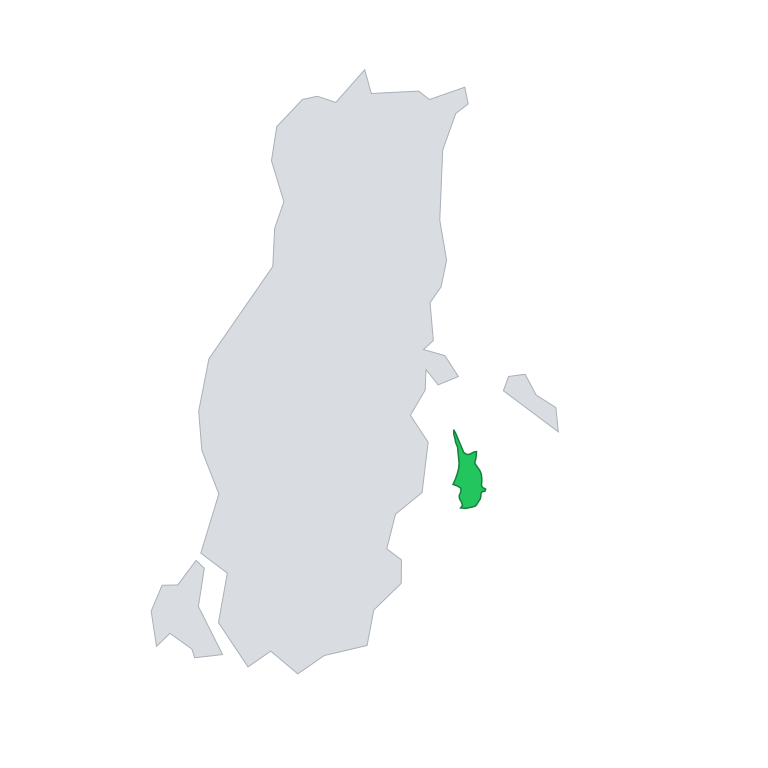 Cyprus highlighted among its neighbors, rotated 282°
{"feature_id": "CYP", "entity_name": "Cyprus", "entity_type": "country or territory", "adm_level": 0, "iso_a3": "CYP", "parent_name": "Asia", "parent_adm1": "", "projection": "robinson", "projection_center": [33.299, 35.116], "detail": "fine", "context": "with_neighbors", "style": "filled", "palette": "green", "viewbox_px": 768, "rotation_deg": 282, "n_neighbors": 2, "source": "natural_earth", "source_scale": "50m", "svg_char_len": 1679}
<svg xmlns="http://www.w3.org/2000/svg" viewBox="0 0 768 768"><g transform="rotate(282 384 384)"><path d="M396.7,557.0L373.4,564.5L402.2,502.2L417.3,504.3L422.9,520.0L404.8,535.1L396.7,557.0Z" fill="#d9dde1" stroke="#a8b0b8" stroke-width="1"/><path d="M691.1,401.3L675.5,408.1L663.5,397.9L624.9,392.8L555.8,404.5L518.1,419.5L490.8,419.6L473.1,412.1L436.8,423.2L425.9,415.4L424.4,437.7L406.8,455.2L394.4,437.1L406.8,422.1L386.6,425.5L358.9,416.3L336.2,439.3L285.8,443.8L259.1,422.3L223.4,421.0L215.6,437.6L192.6,442.3L160.8,421.0L124.7,421.8L106.0,382.0L82.5,359.9L99.2,328.8L79.0,309.8L116.2,271.7L166.3,270.1L180.5,240.0L242.2,245.3L281.3,219.6L318.9,208.4L372.3,207.5L475.8,250.8L513.5,244.7L541.5,248.2L579.0,227.5L613.4,225.6L645.4,245.1L651.6,259.0L649.4,278.3L687.4,299.8L665.5,311.2L677.7,357.0L671.7,369.3L691.1,401.3ZM80.1,216.0L113.4,203.5L141.0,208.8L144.5,224.0L172.4,236.8L166.4,246.5L127.8,248.7L85.8,282.3L76.9,255.7L84.8,251.2L95.6,226.5L80.1,216.0Z" fill="#d9dde1" stroke="#a8b0b8" stroke-width="1"/><path d="M336.2,486.2L337.1,488.5L333.3,489.1L329.5,489.4L327.4,489.1L325.4,489.2L319.2,495.8L315.9,498.0L311.9,499.3L307.9,500.1L305.9,500.2L304.1,501.0L302.9,502.6L302.8,504.0L302.3,505.3L300.1,505.0L299.2,502.6L297.6,501.6L293.7,502.1L291.8,502.1L285.5,499.8L283.6,498.8L282.5,496.9L279.3,489.9L278.7,484.7L281.7,486.0L284.5,484.4L287.3,481.8L290.5,480.7L292.5,481.2L294.5,481.6L298.1,480.8L299.6,476.9L300.1,472.4L306.2,473.7L312.3,474.4L317.4,474.6L322.3,473.9L337.5,469.1L341.8,466.2L344.4,465.2L349.0,462.9L353.8,461.6L350.8,464.3L333.5,476.3L332.3,479.9L333.1,482.4L335.6,485.4L336.2,486.2Z" fill="#22c55e" stroke="#15803d" stroke-width="1.5"/></g></svg>